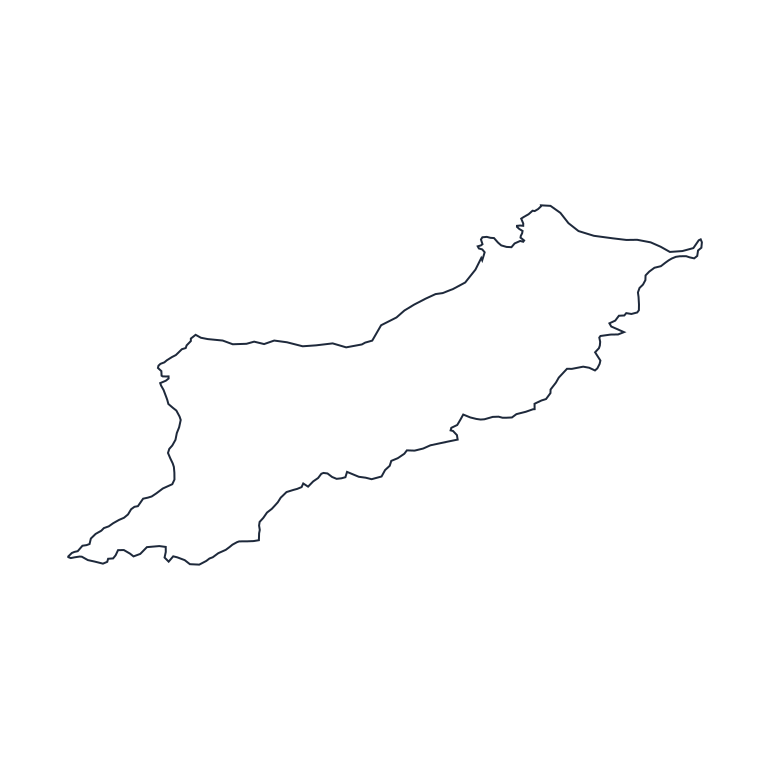 Kalavasos, Larnaca, Cyprus (Equal Earth projection), rotated 86°
{"feature_id": "46923920B45773210999815", "entity_name": "Kalavasos", "entity_type": "district", "adm_level": 2, "iso_a3": "CYP", "parent_name": "Cyprus", "parent_adm1": "Larnaca", "projection": "equal_earth", "projection_center": [33.286, 34.783], "detail": "fine", "context": "isolated", "style": "outline", "palette": "slate", "viewbox_px": 768, "rotation_deg": 86, "n_neighbors": 0, "source": "geoboundaries", "source_scale": "gbopen_adm2", "svg_char_len": 3914}
<svg xmlns="http://www.w3.org/2000/svg" viewBox="0 0 768 768"><g transform="rotate(86 384 384)"><path d="M265.1,278.2L276.3,284.8L285.1,292.9L288.4,295.9L294.2,308.8L294.9,311.3L297.4,319.1L297.9,326.3L301.8,336.6L306.9,348.4L312.1,358.5L318.5,366.9L325.2,382.8L339.9,392.7L341.4,399.9L343.0,403.3L344.8,419.2L339.9,432.4L340.7,449.1L340.7,462.5L335.6,477.9L333.0,490.5L335.8,500.8L332.7,510.6L334.3,518.4L333.8,532.1L329.4,541.9L326.9,556.7L325.1,563.4L321.8,568.5L325.2,573.5L327.7,573.7L331.7,578.2L334.3,579.3L335.2,583.2L340.6,589.6L342.4,593.8L343.8,596.4L345.2,599.0L347.1,601.6L348.3,605.6L350.0,607.7L352.2,608.4L353.6,607.1L355.6,605.2L360.2,605.3L361.0,604.2L361.3,600.4L361.4,598.4L363.5,598.5L365.5,601.4L367.5,607.2L370.0,606.5L374.6,604.3L382.3,602.0L384.8,601.3L388.9,600.5L393.1,596.2L396.0,593.0L402.2,590.2L405.7,589.3L412.9,591.4L418.5,594.1L425.1,595.9L430.6,599.5L433.7,602.7L437.7,604.3L443.2,602.4L448.5,600.3L452.1,599.4L457.9,599.3L464.7,599.7L469.2,602.2L472.8,611.9L477.2,618.7L480.0,623.6L480.9,627.5L481.6,632.3L488.7,638.0L489.1,641.5L491.3,645.0L496.3,648.5L499.3,652.7L501.1,657.8L504.0,663.9L506.8,668.5L508.2,673.5L510.6,676.2L513.4,682.1L517.7,687.2L523.1,688.9L524.0,692.1L524.3,696.1L529.4,701.2L529.9,704.5L530.8,707.2L534.0,711.0L534.7,711.0L535.8,708.6L535.3,704.6L534.9,699.7L535.2,697.5L539.0,691.7L540.9,685.2L543.6,676.9L542.1,672.5L539.1,671.4L539.1,666.4L536.2,663.7L531.2,660.9L531.5,655.1L535.5,649.2L538.5,645.9L536.5,639.0L530.2,631.9L530.0,619.5L531.3,613.1L536.3,613.4L541.8,615.0L546.2,611.2L541.2,606.3L542.5,602.3L545.8,595.1L550.2,590.2L551.3,580.9L548.1,573.6L545.9,570.3L544.9,566.9L541.2,561.1L538.4,553.4L535.9,549.5L533.7,546.4L531.5,541.6L530.9,539.4L531.4,531.4L531.6,525.0L531.1,519.7L524.2,519.0L520.9,518.1L516.5,518.5L512.9,517.7L509.2,513.8L506.6,511.7L504.1,509.7L500.7,504.6L497.7,501.4L494.6,498.2L490.1,494.9L488.9,493.4L485.0,488.8L483.3,481.6L482.6,478.0L481.1,473.4L477.6,471.5L481.1,466.9L476.2,461.4L475.2,459.7L473.2,456.3L469.2,452.8L468.5,450.6L469.3,446.6L473.1,442.3L475.3,437.9L475.1,433.1L474.3,429.0L469.1,427.0L474.8,415.6L476.2,408.8L478.1,403.0L476.1,392.9L469.9,388.9L466.0,384.0L461.2,382.1L459.0,375.5L455.0,368.6L451.8,365.8L452.6,358.1L451.1,349.4L448.4,342.0L445.9,324.3L444.6,314.4L440.1,314.8L435.7,318.4L434.9,320.8L432.4,319.9L430.0,313.8L424.8,310.2L420.0,307.1L423.4,300.2L425.3,294.3L426.2,290.1L426.2,286.3L424.4,277.8L424.6,272.0L425.9,268.2L426.2,263.6L426.3,258.7L423.3,254.0L421.6,244.5L419.6,237.2L419.6,235.5L414.2,235.2L411.4,228.0L410.7,225.0L410.3,223.4L404.7,218.6L401.1,218.2L394.6,212.4L389.8,209.2L381.6,200.4L382.0,195.5L380.6,184.1L382.1,178.2L385.2,172.6L383.3,170.1L379.0,167.5L375.7,166.5L367.1,171.2L363.3,167.1L360.7,166.0L357.0,165.4L352.7,166.0L351.2,164.7L350.8,158.7L350.5,154.6L350.9,147.0L349.0,141.0L346.5,145.7L342.5,153.3L339.2,154.9L336.9,148.9L332.3,144.9L332.4,139.5L330.2,137.4L331.4,132.3L330.3,126.4L328.2,124.6L322.6,124.1L314.9,124.0L310.4,124.3L306.0,122.4L302.9,118.7L298.6,116.0L293.9,115.5L290.4,111.6L286.9,106.1L285.8,99.6L282.6,94.8L280.5,91.4L278.9,88.2L277.5,84.0L277.2,79.9L277.6,73.6L279.0,70.2L280.3,65.8L278.1,62.6L272.7,61.4L270.2,57.9L264.8,57.0L261.8,58.0L262.6,60.0L270.0,65.9L272.2,77.1L272.2,89.6L266.4,98.4L261.3,108.1L257.8,121.4L257.2,132.2L254.6,145.8L250.8,164.3L245.0,179.3L236.4,188.8L225.6,196.1L217.9,205.5L216.7,215.0L217.6,214.9L220.2,218.0L222.0,221.6L221.5,223.7L224.7,227.9L227.0,232.7L228.6,235.6L233.6,233.9L235.9,234.1L235.4,237.1L235.5,240.3L236.5,240.4L238.8,238.2L241.0,235.1L243.3,235.7L245.8,237.2L247.5,237.6L250.6,234.2L251.8,235.2L250.8,238.2L252.9,243.9L256.4,247.3L255.8,252.2L253.9,257.4L250.9,260.4L246.1,264.1L245.6,267.6L244.4,271.2L244.5,275.6L246.6,277.2L251.4,276.0L252.5,277.6L253.2,280.9L255.4,279.9L256.6,276.6L259.6,274.4L263.6,275.9L267.4,277.4L265.1,278.2Z" fill="none" stroke="#1e293b" stroke-width="2"/></g></svg>